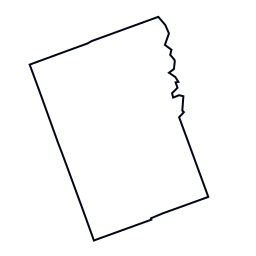 the district of Canadian, Oklahoma, United States of America, rotated 250°
{"feature_id": "52423323B84660675823799", "entity_name": "Canadian", "entity_type": "district", "adm_level": 2, "iso_a3": "USA", "parent_name": "United States of America", "parent_adm1": "Oklahoma", "projection": "robinson", "projection_center": [-97.892, 35.525], "detail": "fine", "context": "isolated", "style": "outline", "palette": "ink", "viewbox_px": 256, "rotation_deg": 250, "n_neighbors": 0, "source": "geoboundaries", "source_scale": "gbopen_adm2", "svg_char_len": 771}
<svg xmlns="http://www.w3.org/2000/svg" viewBox="0 0 256 256"><g transform="rotate(250 128 128)"><path d="M33.9,118.6L35.3,118.7L35.9,131.0L35.8,179.9L37.4,179.9L97.5,179.8L120.6,179.7L123.8,185.9L125.8,185.0L138.9,190.9L141.3,187.3L141.2,180.8L145.6,181.3L148.9,188.3L154.6,188.3L154.1,191.1L159.7,189.9L165.9,185.4L167.7,191.3L174.5,194.7L176.0,195.0L182.3,192.7L186.7,195.6L193.4,191.1L195.7,192.9L202.8,198.8L211.9,198.3L222.1,194.5L222.1,193.9L222.1,180.0L222.1,169.7L222.1,159.5L222.1,150.8L222.1,147.6L222.1,146.8L222.1,141.7L222.1,134.1L222.1,131.5L222.1,126.2L222.1,123.7L221.3,118.8L221.3,103.4L221.3,93.2L221.2,57.3L190.0,57.4L137.8,57.2L127.3,57.4L106.4,57.5L65.1,57.6L33.9,57.5L34.0,62.6L33.9,118.6Z" fill="none" stroke="#020617" stroke-width="2"/></g></svg>